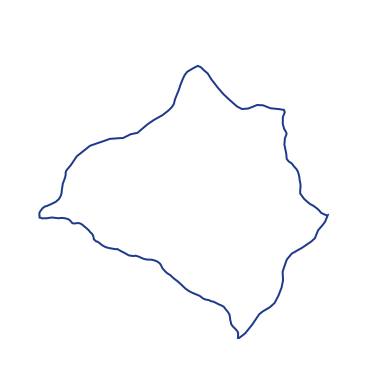 outline of Minjay, Lhuntshi, Bhutan, rotated 291°
{"feature_id": "84629894B76587395508507", "entity_name": "Minjay", "entity_type": "district", "adm_level": 2, "iso_a3": "BTN", "parent_name": "Bhutan", "parent_adm1": "Lhuntshi", "projection": "robinson", "projection_center": [91.245, 27.585], "detail": "fine", "context": "isolated", "style": "outline", "palette": "blue", "viewbox_px": 384, "rotation_deg": 291, "n_neighbors": 0, "source": "geoboundaries", "source_scale": "gbopen_adm2", "svg_char_len": 2813}
<svg xmlns="http://www.w3.org/2000/svg" viewBox="0 0 384 384"><g transform="rotate(291 192 192)"><path d="M113.5,58.9L113.8,59.5L113.6,61.2L114.3,63.0L115.7,66.4L116.3,67.3L117.9,70.1L118.4,71.9L118.9,73.9L119.7,76.8L121.2,79.9L121.8,82.1L122.0,83.1L122.3,85.6L122.1,87.3L121.3,89.2L120.1,91.3L120.1,92.3L120.5,93.5L121.3,95.0L122.2,96.9L122.5,98.1L122.5,99.8L122.0,101.9L121.4,103.3L120.7,105.6L119.3,109.3L118.1,111.2L117.1,113.7L116.4,114.7L114.8,116.1L113.8,116.7L112.6,117.4L111.5,120.5L111.8,121.9L110.7,125.2L110.0,127.8L109.6,130.9L109.8,133.7L110.3,136.5L110.4,137.1L111.3,141.5L112.0,142.7L111.7,144.6L111.6,145.4L111.2,147.6L111.2,149.0L110.6,153.2L110.2,155.5L110.4,156.9L111.2,160.2L112.3,162.2L112.4,163.5L112.6,166.2L112.4,167.1L112.3,170.4L112.3,171.3L112.7,173.7L113.5,176.3L113.8,176.9L114.3,178.6L114.7,181.7L114.7,184.1L114.4,185.5L113.7,187.7L112.6,189.2L110.1,191.9L108.8,194.4L107.9,196.4L107.4,197.6L106.5,201.9L106.0,203.0L104.7,206.2L103.8,209.5L102.6,212.9L100.4,218.3L99.5,220.4L98.8,223.0L98.3,225.4L98.0,228.8L97.9,231.3L97.9,233.0L97.8,236.3L96.5,240.8L96.5,242.2L96.5,243.3L97.1,246.2L96.9,249.4L97.3,251.4L96.7,257.5L96.6,260.8L96.2,262.9L94.7,265.2L93.0,268.3L91.1,270.8L88.6,272.4L86.5,273.4L84.5,274.8L82.7,275.9L82.0,277.0L81.2,278.1L80.4,280.1L79.5,281.9L78.9,283.2L78.0,284.4L77.2,285.4L75.1,286.3L72.2,287.2L72.7,288.4L79.1,292.3L90.0,295.8L95.7,297.1L101.8,298.5L105.8,300.8L112.5,306.1L118.0,308.9L125.9,309.8L134.8,309.9L142.3,308.6L150.0,305.2L156.2,304.9L162.9,304.7L170.2,307.2L179.7,315.0L188.5,321.1L192.9,323.3L201.4,323.4L207.7,325.7L211.8,326.9L217.0,327.0L219.0,327.0L218.5,326.4L218.5,325.0L218.5,323.0L218.9,319.9L220.6,316.8L221.8,313.4L222.7,309.9L223.1,306.5L224.3,302.8L225.7,299.3L227.5,296.4L229.4,293.5L232.7,292.3L236.3,291.3L238.6,290.2L241.4,288.4L244.7,286.7L247.0,285.1L249.0,283.5L250.7,281.5L252.4,278.1L254.4,274.9L255.2,271.3L256.8,268.6L261.8,266.1L269.3,261.3L275.3,259.5L280.0,259.5L281.4,258.6L284.2,255.2L288.2,252.3L294.4,250.0L299.8,250.0L301.6,248.4L300.5,243.3L298.3,235.3L298.4,227.3L296.6,221.7L290.1,214.6L287.4,209.0L287.9,203.7L291.0,195.2L294.6,186.3L298.6,178.8L304.0,169.9L308.3,164.2L309.9,159.6L311.7,155.4L311.8,152.2L308.4,149.1L302.6,144.5L298.3,143.2L293.6,142.9L288.3,142.8L282.5,143.1L278.4,143.0L272.5,142.9L267.9,143.5L264.4,142.9L260.0,141.0L253.3,137.0L245.5,130.5L239.1,126.1L227.7,119.9L224.0,114.1L217.6,108.2L216.5,105.5L212.2,96.3L208.4,91.9L202.3,84.6L198.6,80.2L192.8,76.8L184.0,71.6L173.8,69.3L167.2,67.0L164.6,67.1L162.9,67.9L160.2,68.3L156.4,68.4L153.5,68.4L150.8,69.0L147.1,69.8L143.9,70.7L140.8,70.8L137.5,70.2L133.8,68.2L130.5,65.1L126.9,61.5L125.8,59.9L123.3,58.3L119.5,57.2L118.1,57.0L116.8,57.3L115.6,58.0L115.1,58.0L114.3,58.5L113.5,58.9Z" fill="none" stroke="#1e3a8a" stroke-width="2"/></g></svg>